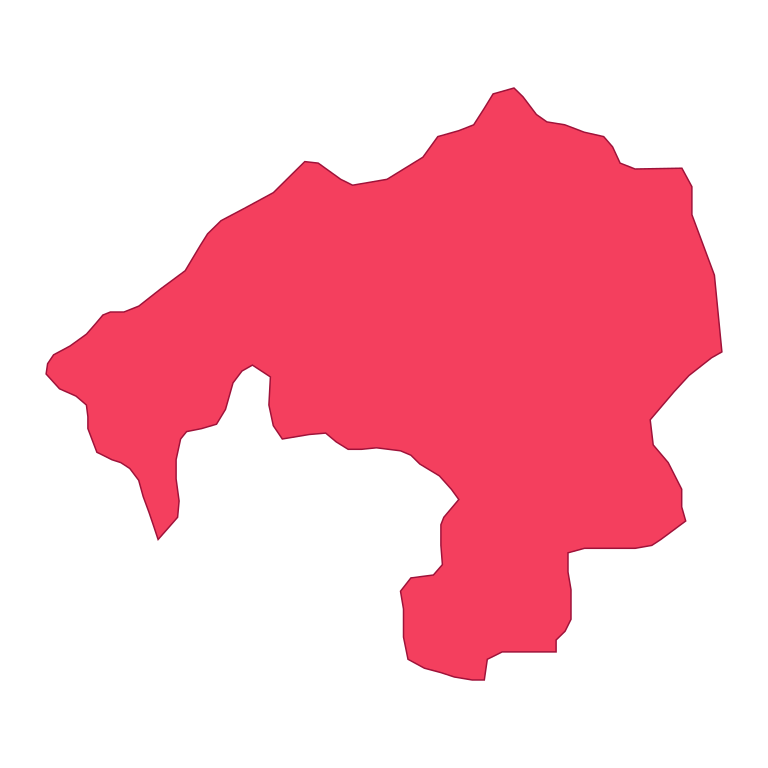 the district of Hoengseong-gun, Gangwon, South Korea
{"feature_id": "91817680B58418421780923", "entity_name": "Hoengseong-gun", "entity_type": "district", "adm_level": 2, "iso_a3": "KOR", "parent_name": "South Korea", "parent_adm1": "Gangwon", "projection": "natural_earth1", "projection_center": [128.028, 37.482], "detail": "fine", "context": "isolated", "style": "filled", "palette": "rose", "viewbox_px": 768, "rotation_deg": 0, "n_neighbors": 0, "source": "geoboundaries", "source_scale": "gbopen_adm2", "svg_char_len": 1664}
<svg xmlns="http://www.w3.org/2000/svg" viewBox="0 0 768 768"><path d="M681.9,168.2L635.1,169.0L620.1,163.1L612.6,146.9L603.7,136.6L584.2,132.2L564.8,124.8L546.9,121.9L536.4,114.5L523.0,96.8L514.0,88.0L493.1,93.9L484.1,108.6L473.7,124.8L458.7,130.7L437.8,136.6L422.9,157.2L387.0,179.3L352.6,185.2L340.7,179.3L318.2,163.1L304.8,161.6L292.8,173.4L282.4,183.7L273.4,192.6L243.5,208.8L221.1,220.6L207.6,233.8L200.2,245.6L185.2,270.7L161.3,288.4L138.8,306.1L123.9,312.0L110.4,312.0L102.9,315.0L95.5,323.8L86.5,334.1L70.0,346.0L53.6,354.8L47.6,363.7L46.1,374.0L59.5,388.8L76.0,396.1L86.4,405.0L87.9,416.8L87.9,428.6L96.9,452.3L99.9,453.7L111.8,459.7L120.8,462.6L129.8,468.5L138.7,480.3L143.2,496.6L149.2,512.9L153.7,526.2L158.1,539.5L168.6,527.6L177.6,517.3L179.1,501.0L176.1,478.9L176.1,459.7L180.6,439.0L186.6,431.6L201.6,428.6L216.5,424.2L225.5,409.4L233.0,382.9L242.0,371.0L252.4,365.1L270.4,376.9L268.9,405.0L273.3,425.7L282.3,439.0L309.2,434.5L325.7,433.1L336.2,441.9L348.1,449.3L361.6,449.3L376.5,447.8L400.5,450.8L410.9,455.2L419.9,464.1L439.4,475.9L451.3,489.2L458.8,499.5L443.8,517.3L440.9,524.7L440.9,545.4L442.4,564.6L433.4,575.0L410.9,577.9L400.5,591.2L403.5,609.0L403.5,637.1L408.0,659.3L424.4,668.2L440.9,672.6L454.3,677.0L472.3,680.0L484.3,680.0L487.3,659.3L502.2,651.9L518.7,651.9L556.1,651.9L556.1,640.0L565.1,631.2L571.0,619.3L571.0,589.7L568.0,572.0L568.0,552.8L584.5,548.3L617.4,548.3L635.3,548.3L651.8,545.4L660.8,539.5L685.7,521.0L681.7,506.9L681.7,489.2L668.2,462.6L653.2,444.9L650.2,419.8L674.1,391.7L689.0,375.5L711.5,357.8L721.9,351.9L714.4,275.1L691.9,214.7L691.9,186.7L681.9,168.2Z" fill="#f43f5e" stroke="#9f1239" stroke-width="1.5"/></svg>